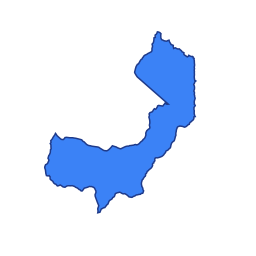 the district of Silvanópolis, Tocantins, Brazil, rotated 325°
{"feature_id": "56859067B70110424139834", "entity_name": "Silvanópolis", "entity_type": "district", "adm_level": 2, "iso_a3": "BRA", "parent_name": "Brazil", "parent_adm1": "Tocantins", "projection": "orthographic", "projection_center": [-47.989, -11.112], "detail": "fine", "context": "isolated", "style": "filled", "palette": "blue", "viewbox_px": 256, "rotation_deg": 325, "n_neighbors": 0, "source": "geoboundaries", "source_scale": "gbopen_adm2", "svg_char_len": 5393}
<svg xmlns="http://www.w3.org/2000/svg" viewBox="0 0 256 256"><g transform="rotate(325 128 128)"><path d="M54.6,180.1L56.7,180.9L58.4,179.8L59.7,179.0L61.0,179.3L62.3,179.3L63.3,179.9L65.5,179.2L66.8,178.8L67.9,178.8L68.8,178.2L70.4,177.1L71.6,176.8L73.2,176.9L74.3,176.9L75.6,176.2L76.9,176.4L77.9,176.1L79.0,175.2L80.1,174.5L81.1,174.7L82.1,174.9L83.2,175.4L84.4,175.8L85.0,176.8L85.4,177.8L85.9,178.7L86.6,179.4L87.8,180.0L88.2,181.0L88.6,181.8L88.8,182.7L89.1,183.7L89.3,185.0L90.2,185.9L91.1,186.8L92.0,187.2L93.2,187.1L94.6,187.6L95.6,187.6L96.5,187.6L97.4,188.2L98.7,188.6L100.1,189.4L101.6,189.3L102.6,189.9L103.6,189.3L104.8,188.4L104.9,186.9L105.5,186.0L105.8,184.8L105.8,183.7L106.3,182.9L106.6,182.0L107.2,181.1L107.9,180.3L109.0,179.4L110.0,178.6L110.9,178.6L111.6,178.1L112.6,177.8L113.5,177.4L114.5,177.4L115.2,176.9L115.9,175.8L117.1,175.7L117.9,175.2L119.0,174.5L120.2,174.6L121.0,174.3L122.1,174.2L123.1,174.2L124.4,174.0L125.6,173.5L126.6,172.9L127.3,171.6L128.3,171.2L129.1,171.4L129.9,170.6L131.2,170.3L131.8,169.2L132.7,168.3L133.9,168.4L134.9,169.3L135.9,169.7L137.0,170.1L138.2,170.4L139.5,170.7L141.0,170.6L142.1,170.4L142.9,170.0L143.9,169.8L144.7,169.6L145.5,168.9L146.4,168.6L147.5,169.0L148.7,168.9L149.8,168.6L150.9,168.6L151.9,168.1L153.0,167.0L154.3,165.9L155.3,165.3L156.7,165.0L158.3,165.0L159.2,164.5L159.9,163.9L160.9,163.1L161.8,162.2L162.6,161.8L163.3,161.2L163.6,160.4L164.5,159.4L165.5,158.5L166.4,157.5L167.2,156.8L167.9,156.4L168.8,155.7L169.9,155.6L170.7,155.9L171.6,156.1L172.3,156.8L173.2,157.6L174.0,158.5L174.6,159.6L175.9,160.1L176.7,160.1L178.2,160.0L179.4,159.8L180.3,160.1L181.2,159.4L182.2,159.0L183.6,159.1L184.8,158.8L185.9,158.8L187.2,158.2L187.8,157.4L188.4,156.7L189.6,157.2L189.7,156.2L190.1,155.1L190.7,153.8L191.4,152.9L192.2,151.9L192.6,150.7L193.3,149.8L193.9,148.9L195.1,148.6L196.1,148.0L195.9,146.6L196.6,145.8L197.1,144.7L198.1,143.7L199.3,142.8L200.1,142.1L200.5,140.7L201.1,139.8L201.5,138.6L202.4,137.6L203.0,136.7L203.0,135.7L203.6,135.1L204.5,134.5L205.3,133.6L205.9,132.7L206.4,131.7L206.8,130.0L208.3,129.3L209.2,128.5L210.5,128.4L210.0,127.3L210.5,126.1L211.1,125.0L211.5,124.2L212.3,123.3L213.3,122.0L214.0,120.8L214.7,120.0L215.2,119.0L215.8,118.2L216.5,117.6L216.8,116.8L217.3,116.0L218.2,115.2L219.0,114.1L219.6,112.9L220.4,111.7L221.1,110.6L221.4,109.7L222.1,108.9L221.6,108.0L222.1,107.2L221.8,106.3L220.9,105.8L220.2,104.8L219.5,103.3L218.4,103.9L217.3,103.7L217.0,102.7L216.5,101.5L216.1,100.5L216.1,99.5L217.0,98.5L216.6,97.6L216.0,96.7L216.1,95.5L215.9,94.7L215.6,93.7L215.4,92.6L214.6,92.2L213.8,91.5L213.3,90.5L212.8,89.5L211.9,89.2L211.0,89.0L211.5,88.1L211.7,87.1L212.5,86.3L211.8,85.2L211.1,84.3L211.4,83.2L211.3,82.1L211.5,80.9L212.0,79.6L210.8,79.2L209.5,79.1L208.4,78.1L207.5,77.1L207.0,76.0L206.4,75.3L206.3,74.3L206.6,73.0L207.2,72.1L207.7,71.3L208.3,70.5L209.1,69.7L208.8,68.1L208.0,66.8L207.2,66.1L206.1,66.9L205.1,67.4L203.6,67.4L202.9,68.3L202.3,69.5L201.1,69.0L200.4,69.8L199.9,70.5L198.9,71.6L197.6,72.7L195.8,73.1L195.3,74.5L194.5,75.7L193.4,76.4L191.9,78.5L190.7,78.9L188.9,78.7L187.1,78.4L185.4,78.4L184.5,78.2L183.4,78.0L181.9,78.2L181.1,78.7L180.1,78.9L179.2,79.5L178.2,79.4L177.1,79.7L176.2,80.1L174.6,80.9L173.3,81.5L172.3,81.2L169.9,82.3L168.0,83.8L166.9,84.8L165.4,86.1L165.1,87.2L165.0,88.6L164.9,89.8L164.9,91.5L174.7,131.6L173.5,130.9L172.9,129.8L172.5,128.9L171.5,129.3L170.4,129.5L169.1,130.0L167.3,128.3L166.1,127.1L164.9,126.9L164.2,127.5L162.1,128.4L161.2,128.4L160.8,127.4L159.7,127.5L158.4,128.2L156.9,128.6L154.8,128.0L153.3,128.6L153.0,129.7L152.3,130.4L151.4,131.0L150.8,132.7L150.3,133.9L149.7,135.0L148.7,136.5L147.8,137.3L147.1,138.0L146.7,139.1L146.1,140.3L145.3,140.8L144.0,140.7L141.8,141.0L140.6,141.7L139.6,142.4L139.1,143.3L138.4,144.2L137.7,144.7L136.8,145.4L135.7,145.9L134.5,146.1L133.6,146.1L132.9,146.6L130.4,146.7L128.3,147.2L126.5,147.2L125.3,146.7L124.8,145.9L123.7,145.4L122.6,145.2L121.4,144.5L120.4,144.1L119.6,143.5L117.9,143.1L117.0,142.4L115.4,141.8L113.9,141.5L110.2,140.9L109.3,140.0L108.0,138.0L107.5,136.8L106.2,135.2L105.0,133.6L103.9,133.9L102.5,134.3L100.0,134.7L98.3,134.7L97.3,134.4L95.4,132.7L94.9,131.7L93.3,128.0L93.0,127.0L92.2,126.1L87.9,122.1L87.2,121.2L85.6,119.6L84.7,117.8L84.3,115.5L84.1,114.2L83.5,113.2L83.3,111.1L81.9,109.4L79.4,106.5L78.1,105.3L76.9,104.1L75.6,103.2L74.5,102.4L73.2,101.2L72.2,100.3L70.9,99.7L69.6,100.2L68.2,100.3L66.9,99.1L66.5,98.1L65.5,93.8L65.5,92.6L65.6,91.7L65.5,90.8L64.2,91.6L63.0,92.0L61.4,92.6L59.9,93.4L59.0,93.7L57.4,94.1L57.0,95.1L56.5,95.8L55.4,96.1L55.2,97.6L53.9,99.5L53.1,101.0L52.2,101.2L50.1,103.7L48.3,104.8L47.2,105.2L45.1,106.9L44.9,108.6L44.3,109.4L43.0,110.1L42.0,110.8L40.7,111.0L39.4,110.8L38.6,111.3L37.3,112.3L36.7,113.6L36.4,114.8L34.6,118.2L33.9,120.2L35.1,121.5L36.1,121.7L36.2,123.4L35.5,124.2L34.9,125.4L35.2,126.7L35.7,128.0L35.9,128.9L35.6,129.8L35.7,130.8L36.0,131.8L36.7,132.7L36.9,134.9L38.1,135.5L39.8,135.8L40.3,136.9L41.0,139.0L42.4,140.4L43.7,140.4L44.8,140.5L45.9,141.0L48.0,142.5L49.3,143.3L50.7,145.2L51.1,146.5L52.0,147.9L52.3,148.7L52.7,150.4L53.3,151.2L53.5,152.7L54.5,153.3L57.7,152.2L58.7,152.6L61.1,153.4L62.8,153.7L63.6,154.4L64.6,155.1L65.8,156.9L66.1,158.2L65.8,159.7L65.6,161.1L64.9,162.3L62.7,163.8L61.9,165.3L60.3,171.3L59.5,174.8L58.3,175.8L57.3,176.4L56.7,177.1L55.8,178.9L54.6,180.1Z" fill="#3b82f6" stroke="#1e3a8a" stroke-width="1.5"/></g></svg>